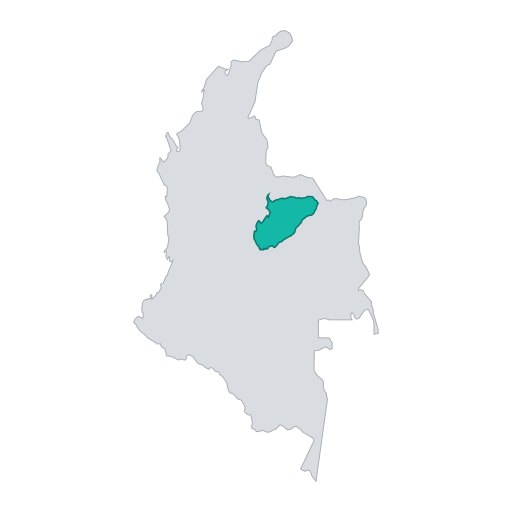 where Casanare sits in Colombia
{"feature_id": "COL-1422", "entity_name": "Casanare", "entity_type": "Intendancy", "adm_level": 1, "iso_a3": "COL", "parent_name": "Colombia", "parent_adm1": "", "projection": "equal_earth", "projection_center": [-71.807, 5.325], "detail": "fine", "context": "in_parent", "style": "filled", "palette": "teal", "viewbox_px": 512, "rotation_deg": 0, "n_neighbors": 0, "source": "natural_earth", "source_scale": "10m", "svg_char_len": 7186}
<svg xmlns="http://www.w3.org/2000/svg" viewBox="0 0 512 512"><path d="M288.7,46.0L284.4,48.4L276.0,51.2L270.2,63.9L266.3,66.1L261.4,73.5L257.8,82.8L255.0,101.7L247.8,117.7L248.4,118.4L251.3,117.7L254.0,115.9L255.0,116.5L255.9,119.3L259.2,120.0L261.8,133.0L266.8,139.6L267.3,142.2L268.0,147.5L266.2,150.8L265.7,162.7L267.2,165.7L271.0,166.9L273.5,174.3L275.0,176.0L277.3,177.2L282.7,176.0L292.6,177.2L294.9,177.0L300.5,174.5L307.5,177.6L312.7,178.1L326.8,200.6L328.2,199.9L330.0,201.2L333.6,198.9L336.6,198.6L340.6,199.7L346.0,199.7L356.7,197.4L358.2,196.1L364.1,197.4L365.8,199.0L366.7,203.2L366.0,205.8L364.0,208.4L362.9,211.8L362.7,215.8L361.6,218.9L359.7,220.8L359.0,223.6L359.4,227.4L358.4,244.3L359.3,245.7L359.9,252.7L362.4,261.7L363.6,264.3L365.6,266.4L369.4,273.9L368.6,276.4L358.9,288.0L358.4,290.7L360.3,289.7L363.3,290.7L364.3,293.5L371.5,301.7L371.4,304.8L373.5,310.9L373.1,312.2L378.1,329.6L378.3,333.3L374.1,334.3L373.9,322.7L373.4,320.3L368.7,309.9L367.7,309.1L364.6,310.3L359.3,317.9L356.9,319.1L355.0,318.0L353.0,313.4L351.7,312.6L350.5,316.4L352.1,319.8L329.1,319.8L324.6,318.4L318.4,320.1L318.4,337.7L329.2,338.0L332.2,343.0L332.0,347.1L332.4,348.6L329.8,349.5L326.0,346.7L319.3,350.0L314.3,350.8L314.0,370.2L316.9,375.1L322.8,380.3L323.6,383.8L323.2,387.2L324.6,391.3L326.5,393.5L326.5,396.1L327.5,398.9L316.0,481.3L312.0,476.2L310.5,471.7L308.5,469.9L304.7,471.3L300.6,469.0L313.9,441.0L313.4,438.5L302.3,431.7L301.2,430.0L295.9,426.3L293.0,427.3L291.3,429.2L287.3,429.8L284.0,426.8L280.1,424.8L275.4,429.5L274.0,429.5L270.7,431.6L267.2,432.3L262.5,430.2L258.8,431.7L256.2,431.4L255.2,429.9L251.9,428.2L251.5,426.3L252.5,422.9L251.0,416.1L250.5,414.9L248.0,414.8L245.0,412.4L244.4,410.9L245.1,408.1L244.5,405.8L241.6,400.3L237.6,398.9L233.8,394.4L229.9,392.8L228.1,389.5L226.5,382.2L222.5,376.5L219.7,374.6L218.7,371.9L215.8,371.6L212.0,367.8L210.2,367.6L209.0,369.4L205.4,367.5L202.3,364.8L199.1,364.0L197.0,362.4L193.2,357.1L189.2,354.6L186.8,355.5L186.0,359.4L184.7,360.1L179.9,359.1L179.2,359.9L177.9,359.7L172.2,356.8L166.5,355.8L165.1,349.2L161.4,346.8L160.3,343.7L157.8,344.1L148.1,338.1L144.1,334.0L140.7,331.7L137.1,327.0L136.5,325.1L133.7,322.4L135.1,319.0L138.4,316.3L142.8,318.4L143.3,314.3L141.7,310.7L142.5,302.6L143.7,300.8L146.0,299.1L147.5,299.8L148.5,298.4L152.0,299.0L153.1,298.4L155.8,295.2L156.9,292.6L158.2,292.8L161.1,288.4L160.6,284.1L163.3,283.1L166.2,275.9L167.4,275.7L168.1,272.3L173.1,260.4L171.2,261.8L169.3,260.9L169.6,256.9L169.0,256.5L167.4,259.5L166.0,256.4L166.4,251.3L164.2,252.3L164.3,251.1L167.5,247.3L168.9,238.5L167.8,235.3L167.2,222.2L166.6,219.7L164.0,216.4L168.2,212.7L169.7,209.9L167.8,204.0L165.4,199.1L165.3,196.2L166.8,196.5L167.4,188.4L166.0,185.3L164.3,185.2L158.8,173.2L156.8,170.7L158.3,164.9L160.0,162.4L159.7,158.0L160.8,158.2L163.2,162.2L164.1,161.6L167.9,157.8L168.0,154.3L171.0,150.6L166.9,138.4L165.5,136.5L167.2,132.5L168.2,132.7L169.8,136.6L172.4,139.1L176.3,145.9L178.0,147.5L176.7,149.0L176.5,150.6L177.0,151.5L179.2,151.7L180.1,149.8L179.6,141.5L178.7,137.4L176.6,134.4L177.3,133.2L181.3,131.2L189.6,123.2L192.4,115.8L194.6,113.1L197.1,111.3L200.0,111.7L202.4,110.8L203.1,108.4L201.6,103.3L203.4,96.2L203.3,92.6L204.5,90.5L204.1,89.7L201.1,92.2L204.2,87.2L206.4,79.6L218.4,66.2L226.2,69.4L228.7,69.2L225.4,70.9L224.9,72.8L226.1,74.9L227.2,75.4L228.3,74.1L230.9,66.3L231.3,62.0L232.4,60.5L234.1,60.0L241.7,61.8L249.0,61.2L260.8,50.0L269.7,45.3L271.9,40.7L272.5,37.2L274.1,35.9L275.8,35.9L276.8,34.0L280.9,31.0L285.2,30.7L289.9,33.3L292.0,37.9L292.4,41.1L288.7,46.0ZM152.1,297.6L151.6,298.2L150.5,297.1L150.2,295.7L150.8,294.7L151.7,295.0L152.1,297.6Z" fill="#d9dde1" stroke="#a8b0b8" stroke-width="1"/><path d="M268.7,194.4L268.2,195.5L268.1,195.9L268.1,196.1L268.2,196.8L268.6,197.8L269.4,198.9L269.9,200.2L270.2,200.5L270.6,200.8L271.4,201.3L272.0,201.9L272.5,202.0L272.8,202.1L274.0,200.9L275.1,200.6L276.2,199.9L276.6,199.7L277.0,199.7L277.4,199.8L278.0,199.7L280.2,198.7L280.7,198.5L282.2,198.5L282.7,198.3L283.0,198.2L283.2,198.3L283.7,198.7L284.0,198.8L284.6,198.6L285.0,198.6L285.4,198.6L285.9,198.5L286.7,198.2L287.0,198.0L287.3,197.8L287.7,197.8L288.3,197.7L289.0,197.3L289.5,196.9L289.8,196.8L290.0,196.9L290.3,196.8L290.7,196.9L291.1,196.5L291.7,196.7L292.4,197.0L292.8,197.1L293.9,197.1L294.6,197.2L296.0,197.9L297.9,198.1L298.2,198.1L298.6,197.8L299.0,197.7L299.4,197.6L299.8,197.7L300.6,198.2L300.7,198.3L301.8,198.3L303.3,197.9L304.4,197.8L305.1,197.8L305.6,197.7L306.4,197.1L307.8,196.5L308.3,196.4L308.7,196.4L309.3,196.7L309.6,196.7L310.2,196.7L310.8,196.6L311.5,196.6L312.0,196.7L312.3,196.8L312.9,197.2L313.1,197.4L313.3,197.8L313.5,198.0L314.1,198.5L314.3,199.0L314.5,199.6L314.8,199.9L316.1,200.5L316.5,200.8L317.0,201.3L317.1,201.6L317.2,201.8L317.2,202.3L317.5,202.8L318.2,203.2L317.8,203.8L317.3,204.7L315.9,209.1L315.6,209.9L314.7,211.1L314.6,211.4L313.9,212.9L313.5,213.5L312.8,214.2L312.2,214.7L311.6,215.1L310.8,215.3L309.2,215.4L308.4,215.6L307.2,216.3L306.7,216.4L306.3,216.5L305.0,217.8L303.7,218.8L303.3,219.2L302.9,219.5L302.0,220.0L301.7,220.4L301.6,220.9L301.5,222.2L301.3,222.5L301.0,222.7L297.5,226.8L297.1,227.0L296.3,227.3L296.0,227.8L294.7,232.1L294.3,232.9L294.0,233.2L293.5,233.8L293.2,234.0L292.6,234.3L292.1,234.7L291.1,235.7L290.9,236.0L289.7,236.2L283.9,239.6L282.3,241.0L281.4,241.6L279.6,242.3L279.4,242.4L279.2,242.3L278.8,242.6L277.2,244.9L275.7,246.6L274.9,247.2L274.1,247.5L273.7,247.4L273.5,247.0L273.3,246.6L272.6,245.9L272.3,245.8L272.1,245.8L268.9,246.8L268.6,246.9L267.8,248.7L267.3,248.9L266.8,248.8L266.4,248.4L265.5,249.2L265.0,249.3L264.8,248.9L264.7,248.7L264.4,248.6L264.1,248.5L263.9,248.4L263.8,248.6L263.3,249.7L263.2,249.8L263.0,249.6L262.9,249.5L262.8,249.4L262.7,249.4L262.7,249.5L262.4,249.6L261.7,249.4L261.3,249.5L261.0,249.8L260.9,249.9L260.7,250.0L260.5,249.9L260.1,249.6L260.0,248.8L260.0,248.6L259.8,248.5L259.7,248.5L259.4,248.5L259.4,248.4L259.4,248.2L259.3,247.8L259.3,247.6L259.2,247.4L258.9,246.8L258.8,246.6L258.7,246.4L258.3,246.4L256.5,243.8L255.1,240.5L254.2,239.2L254.1,238.9L254.0,238.1L254.1,237.7L253.7,236.1L253.7,235.6L254.0,234.4L254.1,233.1L254.4,231.4L254.5,231.2L254.8,231.1L255.6,231.5L256.0,230.8L256.4,230.4L256.5,230.1L256.6,229.5L256.9,228.7L256.8,228.4L256.3,227.8L256.1,227.4L256.0,227.0L256.0,226.6L256.1,226.0L256.2,225.8L256.2,225.6L256.4,225.4L256.3,224.5L256.5,224.2L257.6,222.1L257.9,221.6L258.2,221.3L258.4,221.1L258.9,220.6L259.3,220.8L259.5,221.1L259.9,222.0L260.3,222.4L260.9,223.4L261.3,223.4L262.4,222.0L263.3,221.4L263.6,220.8L264.0,219.8L266.2,216.6L266.7,215.9L266.9,215.7L267.1,215.7L267.3,215.8L267.4,216.1L267.6,216.5L268.1,217.2L268.4,217.4L268.6,217.4L269.0,215.4L269.1,215.2L269.2,214.9L269.4,214.6L269.5,214.3L269.6,213.9L269.7,213.4L269.8,213.1L269.9,212.9L270.1,212.8L270.4,212.5L269.9,212.0L269.4,211.1L269.0,210.7L268.9,210.0L268.1,209.2L266.2,207.9L266.2,207.3L266.3,207.1L266.5,206.9L266.8,206.7L267.3,206.6L267.3,206.4L267.8,204.4L268.0,203.0L268.2,202.3L268.3,201.8L267.7,201.0L267.6,200.6L267.5,200.3L267.4,199.9L267.2,199.3L267.1,199.1L266.8,198.9L266.8,198.7L266.8,198.4L267.2,196.7L268.0,194.9L268.7,194.4Z" fill="#14b8a6" stroke="#0f766e" stroke-width="1.5"/></svg>